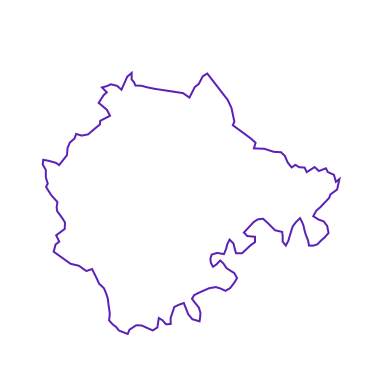 the district of Três Passos, Rio Grande do Sul, Brazil, rotated 79°
{"feature_id": "56859067B72053715457244", "entity_name": "Três Passos", "entity_type": "district", "adm_level": 2, "iso_a3": "BRA", "parent_name": "Brazil", "parent_adm1": "Rio Grande do Sul", "projection": "robinson", "projection_center": [-53.911, -27.427], "detail": "fine", "context": "isolated", "style": "outline", "palette": "violet", "viewbox_px": 384, "rotation_deg": 79, "n_neighbors": 0, "source": "geoboundaries", "source_scale": "gbopen_adm2", "svg_char_len": 2407}
<svg xmlns="http://www.w3.org/2000/svg" viewBox="0 0 384 384"><g transform="rotate(79 192 192)"><path d="M319.1,282.2L315.2,279.6L312.2,272.2L313.4,266.9L320.4,257.0L318.4,251.9L309.4,248.6L312.3,245.4L316.9,242.8L317.5,238.1L311.5,237.0L301.5,231.3L300.2,226.5L299.4,221.2L311.1,219.1L316.9,216.0L320.4,209.3L316.1,207.8L312.2,206.8L306.9,207.3L302.2,209.7L296.8,212.4L293.6,209.5L291.9,203.3L289.7,193.4L289.9,186.7L292.0,182.7L295.4,178.0L293.6,172.9L290.9,169.8L288.4,167.1L285.0,164.2L279.6,166.0L276.3,169.6L273.2,172.7L268.0,174.9L264.6,177.4L267.8,181.9L269.4,185.6L265.2,187.0L261.0,186.7L257.2,184.6L256.6,178.9L259.1,172.5L253.9,169.1L250.4,167.6L245.9,164.2L250.5,161.1L255.9,160.9L260.5,160.5L261.7,154.6L258.9,150.1L255.4,144.6L253.2,139.7L248.0,138.7L245.8,146.1L241.7,148.8L237.0,142.3L233.4,137.4L231.4,132.6L231.8,127.4L237.1,123.4L242.3,119.9L245.4,117.8L248.4,111.1L253.4,111.5L257.9,112.5L262.5,110.1L258.2,106.7L253.3,104.2L248.6,101.7L245.0,99.7L241.4,95.7L238.3,91.0L242.5,89.7L246.0,89.0L251.8,88.8L255.9,88.4L261.8,87.3L266.9,87.4L267.8,83.3L267.3,78.9L264.4,74.8L261.9,70.5L258.3,65.8L251.1,65.8L246.0,68.3L243.2,73.0L238.9,77.6L233.9,73.4L231.4,68.9L228.0,64.2L224.0,58.5L220.7,56.5L217.3,49.1L207.4,44.8L209.5,48.8L202.2,49.4L198.3,54.9L194.3,56.0L195.6,63.5L190.9,66.8L194.4,75.6L189.5,76.8L188.1,82.1L185.1,85.3L186.9,89.5L181.4,92.4L174.2,94.0L169.9,97.1L168.2,104.0L163.4,112.7L161.0,122.9L155.8,120.2L150.4,124.3L134.2,139.2L131.0,137.0L117.1,137.2L108.4,139.4L78.6,154.4L80.5,159.4L87.2,164.7L89.5,169.2L98.8,176.5L93.2,182.0L83.7,208.7L80.6,216.2L78.0,221.5L76.7,227.2L73.1,228.0L70.0,229.8L63.6,228.5L66.5,233.6L78.1,241.7L73.5,245.3L70.8,251.0L71.8,255.1L72.2,260.4L77.9,256.6L80.0,260.2L86.7,266.6L95.0,259.9L101.5,257.9L104.6,268.5L108.2,269.6L110.9,274.7L115.6,283.0L115.6,289.4L112.9,294.7L117.0,297.0L120.1,302.4L124.9,305.7L132.0,307.7L140.2,317.3L137.5,319.9L134.1,326.6L132.0,331.9L136.4,333.3L142.5,331.3L149.9,332.7L156.2,332.0L159.2,334.3L168.4,330.7L176.2,326.0L181.2,327.8L185.1,328.0L193.2,324.2L197.7,322.5L204.0,324.0L208.6,333.6L215.4,331.8L217.5,335.9L224.2,339.2L239.3,324.9L242.8,317.1L249.4,310.8L248.6,304.8L257.2,302.4L264.2,300.7L269.7,296.8L273.1,296.1L276.8,295.4L281.2,295.0L285.8,295.4L290.5,295.6L295.9,295.9L302.2,297.9L306.7,295.2L310.0,292.3L314.1,290.1L316.6,286.1L319.1,282.2Z" fill="none" stroke="#5b21b6" stroke-width="2"/></g></svg>